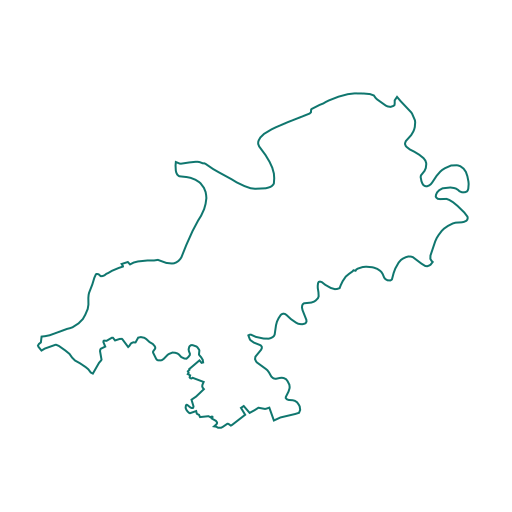 Tu Ky, Hải Dương, Vietnam (Robinson projection), rotated 277°
{"feature_id": "81297802B38910067880652", "entity_name": "Tu Ky", "entity_type": "district", "adm_level": 2, "iso_a3": "VNM", "parent_name": "Vietnam", "parent_adm1": "Hải Dương", "projection": "robinson", "projection_center": [106.393, 20.817], "detail": "fine", "context": "isolated", "style": "outline", "palette": "teal", "viewbox_px": 512, "rotation_deg": 277, "n_neighbors": 0, "source": "geoboundaries", "source_scale": "gbopen_adm2", "svg_char_len": 6089}
<svg xmlns="http://www.w3.org/2000/svg" viewBox="0 0 512 512"><g transform="rotate(277 256 256)"><path d="M94.9,293.8L98.7,299.9L103.9,314.0L105.6,317.8L108.6,318.6L112.0,317.7L113.6,316.6L115.8,314.6L117.0,312.2L117.3,310.0L117.1,305.8L117.6,304.0L118.7,302.8L119.8,302.8L125.4,304.8L128.7,305.4L129.9,305.4L132.3,304.8L135.6,302.6L137.4,300.8L138.2,298.5L138.3,296.5L137.9,294.6L136.5,290.6L136.6,288.7L137.0,287.6L138.2,285.9L142.0,283.1L144.0,281.2L145.1,279.5L150.5,269.8L151.4,268.9L153.5,267.6L156.0,267.7L163.6,272.5L165.3,273.0L166.6,272.8L167.7,271.8L168.1,270.9L169.8,264.4L171.8,260.7L172.8,259.9L176.3,258.1L177.1,259.3L177.3,260.6L175.7,265.7L175.0,273.6L175.5,278.7L176.3,280.6L177.5,282.4L178.7,283.5L180.3,284.1L189.8,284.3L193.4,284.8L197.0,286.0L200.4,287.7L201.3,288.5L202.1,290.1L202.0,291.8L201.2,293.4L197.6,298.4L194.7,303.9L193.9,306.1L193.8,308.7L194.0,310.5L194.8,312.6L195.5,313.5L197.0,314.1L198.7,313.8L207.9,308.8L210.5,307.9L212.6,307.9L213.8,308.3L214.9,309.4L216.5,316.5L217.7,319.0L219.0,320.6L221.6,322.6L223.6,323.1L227.6,322.4L231.8,321.2L234.0,320.9L236.6,320.9L237.9,321.4L238.4,322.6L238.1,324.5L235.8,328.3L233.4,334.1L232.7,338.4L233.2,340.6L234.3,342.9L237.5,343.7L241.6,345.1L246.5,347.6L249.6,350.5L252.5,353.7L253.7,354.5L253.5,356.6L254.8,357.2L255.9,358.6L258.0,363.1L258.8,366.6L259.0,372.8L258.8,374.5L258.0,377.9L256.5,380.9L255.4,382.4L253.6,383.9L250.1,385.9L248.8,387.3L247.9,389.5L248.1,392.3L248.9,393.4L249.5,393.8L256.0,394.7L260.6,395.8L266.9,398.4L269.8,400.4L271.3,402.1L273.1,404.9L274.1,407.3L274.3,409.8L274.0,411.8L268.6,421.1L266.7,425.2L266.7,427.2L267.7,429.1L268.6,430.3L271.6,432.1L272.6,430.8L274.4,429.4L277.7,429.1L292.4,432.1L295.9,433.2L299.1,434.7L303.6,437.3L306.1,439.3L309.3,442.9L312.3,447.4L313.4,450.0L314.5,456.1L315.2,458.2L316.6,460.5L317.9,461.3L319.5,461.5L320.8,461.1L324.6,457.4L330.3,449.9L333.4,445.0L335.2,441.0L335.9,438.2L334.9,431.8L334.9,429.5L335.9,427.9L336.8,427.2L338.7,427.2L341.2,428.0L343.6,429.8L345.9,432.9L347.7,440.6L347.6,444.2L347.3,446.2L346.1,448.7L345.1,450.0L344.4,452.3L344.4,453.8L344.9,456.0L345.8,457.5L346.8,458.1L348.6,458.5L353.3,458.3L355.7,457.8L360.9,456.1L365.0,454.1L368.0,451.4L370.0,447.9L370.5,445.5L370.5,444.0L369.6,438.6L366.2,432.9L364.1,430.3L362.2,428.6L357.6,425.5L350.4,421.9L348.5,420.7L347.1,419.2L346.1,417.4L345.9,416.4L346.1,414.9L346.8,413.5L348.2,412.3L350.4,411.1L354.4,409.8L356.1,409.9L361.0,412.9L364.0,413.8L367.8,413.8L369.0,413.6L371.3,412.5L373.5,410.4L376.4,405.7L378.8,400.4L380.5,395.7L382.6,392.2L383.5,391.2L385.2,390.3L386.1,390.2L388.3,390.7L394.9,395.3L398.8,397.0L401.1,397.6L403.4,397.9L408.1,397.7L410.1,397.2L416.4,393.5L417.6,392.4L427.2,380.8L431.1,376.6L427.4,374.7L423.9,375.1L422.6,375.0L421.7,374.1L420.4,371.4L420.5,368.4L421.1,366.5L426.2,357.1L427.5,355.4L429.7,353.4L430.6,349.4L430.4,343.2L429.4,334.0L427.8,327.4L424.2,318.5L419.3,309.4L417.4,306.5L415.6,304.2L413.7,300.7L408.9,293.6L408.2,292.9L405.3,293.0L403.9,291.8L392.7,271.2L386.3,260.2L383.6,256.0L378.2,249.1L374.2,245.9L371.1,244.6L369.5,244.3L367.5,244.5L365.1,245.8L357.4,253.1L351.1,258.0L345.6,261.4L340.0,263.7L335.4,264.6L330.3,264.9L329.1,264.5L327.3,263.1L326.3,261.8L325.4,259.9L324.4,257.4L322.6,246.9L322.6,242.3L324.0,236.0L326.7,227.9L329.2,222.4L334.7,208.5L337.1,202.8L341.3,194.7L341.7,193.3L341.5,192.0L342.3,188.7L342.4,186.8L342.1,184.4L340.7,178.3L338.5,170.4L338.4,169.1L339.5,165.0L336.1,165.1L331.0,166.0L329.1,166.7L327.2,167.9L326.0,169.6L325.8,170.4L325.9,177.7L325.6,181.6L324.3,186.6L322.4,190.6L321.4,192.1L317.3,196.0L313.3,198.2L310.3,199.1L307.4,199.7L301.6,199.6L296.2,198.8L289.3,196.6L284.1,194.2L273.1,190.0L258.5,185.5L245.6,182.1L243.8,181.2L241.6,179.6L239.9,177.6L238.7,175.4L238.3,173.4L238.2,167.8L240.2,159.1L239.2,155.6L238.4,149.1L236.2,139.5L234.6,135.4L232.3,132.0L234.4,129.5L231.7,123.6L229.7,125.2L229.3,125.2L227.4,121.2L223.8,114.9L221.1,111.4L220.1,109.7L218.4,108.0L217.7,106.8L217.2,105.5L217.1,104.2L218.5,102.3L218.8,101.2L218.7,99.8L218.2,99.3L214.7,98.2L207.8,97.0L199.1,94.8L197.0,94.6L194.0,94.7L187.3,95.6L182.8,95.4L176.9,93.7L172.3,91.8L167.5,88.1L162.9,82.6L161.7,80.2L160.6,77.3L152.2,60.9L150.7,56.4L149.9,53.0L144.0,53.0L142.3,51.3L140.5,50.5L139.3,51.2L136.0,54.6L138.4,57.7L143.4,67.7L143.5,68.6L142.7,71.3L139.0,78.2L136.1,82.8L132.8,85.8L130.2,89.1L128.1,94.3L124.9,100.6L123.1,103.4L120.2,106.2L119.4,108.4L130.8,113.2L133.5,115.0L134.3,115.3L142.5,112.8L143.8,112.8L145.0,113.2L147.7,117.4L152.0,115.0L153.2,115.1L153.5,115.5L153.6,118.0L157.3,122.9L157.4,124.0L155.0,126.4L157.1,130.9L157.4,133.0L157.1,133.5L150.1,140.2L151.3,141.2L153.9,142.5L154.5,143.2L155.4,144.8L155.4,146.6L155.6,147.0L160.6,149.0L161.5,151.6L161.2,155.1L160.2,157.2L157.6,160.8L156.1,164.3L154.1,166.5L153.1,167.1L151.8,167.2L148.7,165.5L147.6,165.6L141.8,169.4L140.9,170.3L140.5,171.5L140.8,174.2L141.2,175.3L142.6,176.9L147.2,180.4L148.2,181.6L150.0,184.9L150.1,187.7L149.7,189.8L149.0,191.3L146.6,194.1L145.5,197.4L145.6,199.5L147.7,201.3L149.7,202.4L151.0,202.3L153.4,201.0L155.2,200.5L157.6,200.8L158.5,201.2L159.6,202.4L159.8,203.8L159.6,204.9L158.9,208.0L158.2,209.0L156.1,210.9L155.3,211.3L151.4,211.4L150.8,211.7L148.8,213.9L146.4,215.8L143.9,216.5L143.3,215.0L145.5,212.6L135.6,203.5L134.9,203.8L133.2,202.4L131.8,203.4L130.5,202.7L129.5,205.2L127.5,204.9L126.7,205.7L126.6,207.0L127.4,207.9L124.6,219.4L121.5,218.5L120.1,218.5L118.8,219.1L117.5,220.5L109.2,213.7L105.5,209.5L99.1,212.3L97.7,212.1L97.4,211.8L97.3,210.5L97.7,209.3L99.7,206.1L99.9,205.4L99.3,204.7L97.1,204.6L96.1,204.9L94.8,205.7L93.3,207.1L92.1,208.8L91.9,209.6L94.8,215.5L92.4,216.4L92.0,216.9L91.4,218.8L89.3,220.1L91.2,228.3L90.5,230.3L91.2,231.6L91.2,232.3L90.9,232.5L89.8,231.5L89.4,231.7L87.5,236.3L86.1,237.6L85.3,237.7L84.2,237.3L81.8,235.2L81.7,237.4L80.9,239.3L81.3,242.3L82.3,243.8L85.9,247.9L86.1,248.5L85.9,249.3L84.6,251.7L85.4,252.8L97.1,264.6L103.4,259.6L105.6,262.1L99.5,268.8L102.8,273.4L105.7,276.9L105.3,283.6L105.7,284.8L107.1,287.7L94.9,293.8Z" fill="none" stroke="#0f766e" stroke-width="2"/></g></svg>